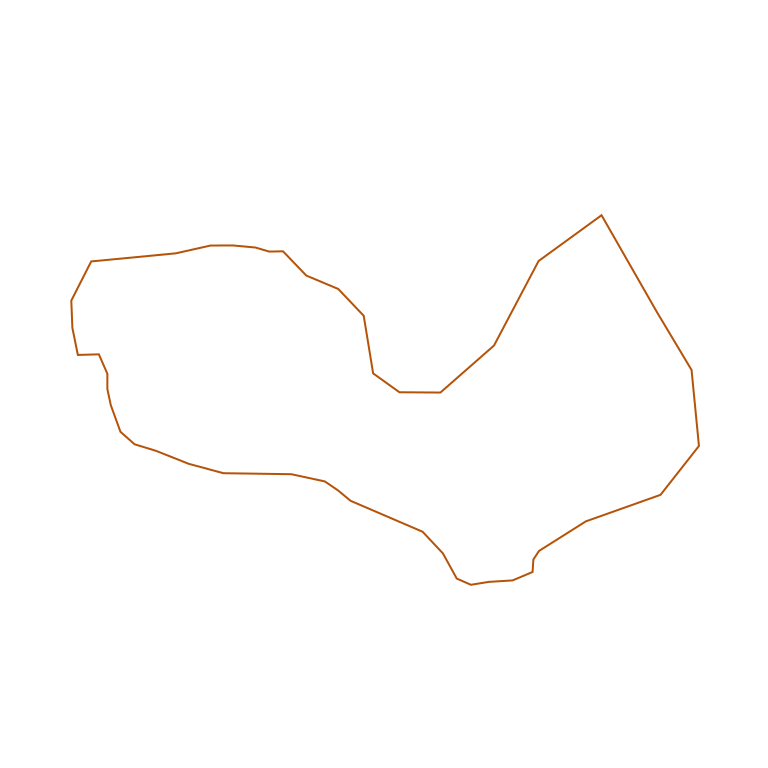 the Province of Batman, rotated 276°
{"feature_id": "TUR-3042", "entity_name": "Batman", "entity_type": "Province", "adm_level": 1, "iso_a3": "TUR", "parent_name": "Turkey", "parent_adm1": "", "projection": "albers", "projection_center": [41.379, 38.036], "detail": "fine", "context": "isolated", "style": "outline", "palette": "amber", "viewbox_px": 768, "rotation_deg": 276, "n_neighbors": 0, "source": "natural_earth", "source_scale": "10m", "svg_char_len": 724}
<svg xmlns="http://www.w3.org/2000/svg" viewBox="0 0 768 768"><g transform="rotate(276 384 384)"><path d="M380.9,76.5L407.3,68.2L434.3,64.3L475.3,80.0L492.2,163.3L503.6,197.1L506.0,219.4L506.3,241.9L503.7,255.9L505.4,269.7L483.7,295.4L473.7,328.6L449.7,356.7L393.4,372.1L377.4,400.2L381.4,441.0L433.8,489.4L522.5,524.9L574.6,582.7L484.6,647.5L430.1,688.4L355.3,703.7L302.7,670.6L268.5,599.1L234.2,555.6L225.0,550.9L212.6,551.4L202.1,532.4L198.2,509.1L193.4,491.4L198.1,476.7L221.7,460.3L241.1,437.8L264.3,363.0L273.2,349.7L280.9,335.4L284.6,301.2L278.5,233.6L284.2,198.1L293.7,164.2L298.0,142.2L308.9,126.9L334.4,114.5L350.1,109.4L365.3,107.8L383.7,97.3L380.9,76.5Z" fill="none" stroke="#b45309" stroke-width="2"/></g></svg>